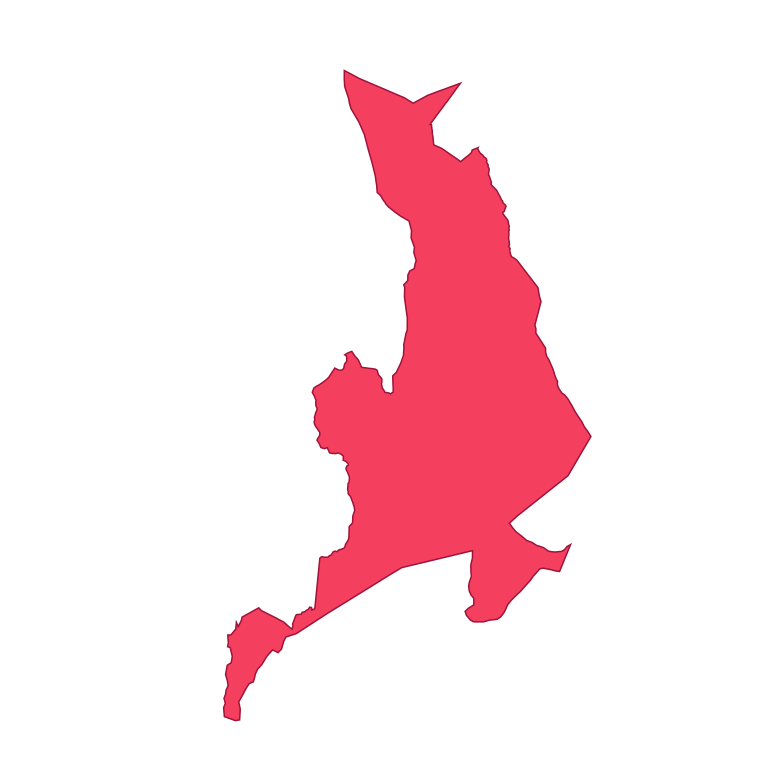 Santiago Nuyoó, Oaxaca, Mexico, rotated 353°
{"feature_id": "50627088B90453813350653", "entity_name": "Santiago Nuyoó", "entity_type": "district", "adm_level": 2, "iso_a3": "MEX", "parent_name": "Mexico", "parent_adm1": "Oaxaca", "projection": "equal_earth", "projection_center": [-97.77, 17.01], "detail": "fine", "context": "isolated", "style": "filled", "palette": "rose", "viewbox_px": 768, "rotation_deg": 353, "n_neighbors": 0, "source": "geoboundaries", "source_scale": "gbopen_adm2", "svg_char_len": 6164}
<svg xmlns="http://www.w3.org/2000/svg" viewBox="0 0 768 768"><g transform="rotate(353 384 384)"><path d="M496.5,94.8L473.3,100.2L462.5,102.8L455.0,105.8L449.8,107.8L447.2,108.9L442.1,104.8L439.1,102.4L396.9,77.9L382.8,68.0L381.7,76.6L381.2,83.9L383.7,96.4L383.9,101.2L384.8,106.7L387.0,111.7L391.1,121.2L394.9,133.9L397.0,149.7L399.1,162.8L400.7,176.3L400.9,186.3L400.6,193.1L403.5,196.4L406.0,202.2L406.7,202.8L407.8,205.6L410.1,208.9L416.2,215.1L420.9,219.4L428.7,225.3L430.0,235.2L428.7,242.3L430.9,251.9L430.2,254.9L429.6,256.9L431.0,265.5L429.5,268.6L428.1,273.1L423.3,275.0L421.0,278.7L420.2,284.2L415.7,287.9L416.3,290.8L414.9,300.1L415.0,312.2L415.2,321.4L413.6,333.4L412.0,336.4L408.3,347.7L408.3,349.0L408.1,350.9L407.8,352.7L407.3,355.0L406.8,358.0L403.0,365.6L397.6,374.0L393.7,376.9L393.2,381.8L392.8,386.5L392.7,388.6L392.1,393.2L389.1,394.6L388.3,393.8L386.7,393.2L384.0,392.4L383.7,391.8L383.1,390.3L382.2,388.4L381.9,387.9L381.6,385.7L381.6,383.4L382.1,381.9L382.5,378.9L382.1,378.0L381.1,376.2L379.6,374.2L379.0,370.4L378.8,369.5L377.4,368.3L373.9,367.2L372.6,367.0L363.8,364.7L361.6,357.4L360.7,355.8L358.2,352.2L356.0,347.7L353.5,348.3L351.7,348.8L348.6,350.3L350.0,351.4L350.2,353.3L350.1,354.8L349.7,356.6L349.4,357.3L347.4,359.3L346.5,361.6L346.3,362.7L346.0,363.2L344.8,364.6L343.6,365.2L342.5,364.9L341.2,364.8L340.6,364.5L339.3,363.7L337.1,362.2L335.1,364.6L334.2,365.5L332.7,367.4L331.4,369.0L330.8,369.6L330.4,370.2L328.3,372.0L327.1,372.8L323.8,374.7L320.0,376.7L317.0,377.9L316.0,378.3L314.1,379.3L313.6,380.1L311.8,383.4L313.5,387.9L314.6,392.2L314.2,393.1L313.9,394.5L313.8,397.5L314.7,400.4L314.5,401.0L312.4,404.9L311.9,406.3L310.8,408.8L311.0,410.8L310.1,412.8L310.1,415.0L311.1,418.0L312.3,420.2L313.4,422.3L314.4,424.5L313.9,427.3L312.0,429.5L310.6,431.5L312.3,434.9L313.6,439.3L315.9,440.5L317.4,440.9L319.3,440.4L320.1,440.4L320.2,441.2L320.8,443.2L321.6,445.7L324.4,446.7L325.9,446.8L326.8,447.2L330.5,446.9L333.0,448.6L334.7,450.4L334.7,451.6L334.8,452.3L334.5,453.0L334.2,454.7L336.5,456.0L337.4,457.0L337.8,457.4L338.7,458.7L338.7,460.2L337.0,461.0L336.1,462.8L335.9,463.9L336.1,464.7L336.7,466.0L337.0,467.1L337.7,469.5L338.2,471.3L338.2,472.2L338.1,473.9L337.6,476.1L337.3,477.3L336.6,477.8L336.1,478.8L335.8,480.7L335.4,482.1L335.0,484.6L335.4,486.9L335.0,488.3L336.0,490.2L337.1,491.6L337.6,494.1L338.6,498.0L338.9,499.8L339.4,502.2L339.5,506.1L337.3,510.5L336.9,511.5L335.9,517.8L334.9,518.9L332.4,521.0L332.0,521.7L331.5,525.1L330.9,529.3L330.3,532.7L329.8,533.7L329.2,534.7L328.2,536.2L326.2,538.5L325.7,540.2L324.3,542.1L320.7,543.0L319.7,542.9L318.4,543.5L317.2,544.7L316.1,544.3L314.8,543.9L313.0,544.5L310.5,547.5L310.2,547.5L309.1,547.6L307.5,548.9L306.1,549.0L303.1,548.5L301.7,547.9L300.2,548.2L299.1,549.1L288.0,598.3L286.8,599.1L286.1,599.1L284.9,599.6L284.8,597.1L283.1,596.4L281.1,598.7L279.1,599.2L278.2,600.3L277.4,600.3L276.8,600.5L274.9,600.6L273.9,602.4L269.7,602.2L268.8,602.4L267.8,603.8L264.0,611.2L264.1,613.1L262.8,616.0L261.8,615.1L260.3,613.7L260.1,613.4L255.5,608.1L254.1,607.1L251.9,605.6L250.7,604.8L248.6,603.2L246.9,602.1L242.8,599.4L240.1,597.6L237.0,595.5L234.7,594.0L232.4,590.9L214.7,598.1L213.5,601.5L209.8,607.0L208.4,602.6L207.0,609.2L203.5,612.5L201.5,614.4L198.3,614.1L198.0,621.8L196.7,625.7L199.2,626.7L200.2,635.9L198.4,642.0L194.1,644.1L191.3,653.3L192.3,658.6L192.5,664.5L190.1,668.3L188.8,672.9L186.9,676.4L187.6,681.7L185.4,685.6L185.0,694.7L195.5,700.0L199.8,699.8L201.7,689.1L201.1,681.8L203.3,678.8L206.6,674.3L209.6,669.9L213.6,665.0L218.0,663.7L219.6,660.1L221.0,656.2L223.7,651.8L228.7,647.4L232.0,643.2L234.4,640.2L237.0,637.8L241.1,634.4L246.1,637.7L249.9,634.7L253.2,627.1L255.8,623.2L266.7,621.0L299.9,604.8L333.2,589.5L366.9,573.9L379.3,568.4L451.5,560.2L450.6,567.4L448.1,574.2L447.4,581.2L447.3,585.6L444.6,591.0L443.4,594.7L443.4,600.0L444.7,604.0L447.0,607.8L446.2,614.2L440.3,616.9L436.8,619.6L437.6,623.6L440.9,628.7L443.6,630.8L446.8,631.4L454.0,632.2L460.2,631.2L463.6,631.3L467.7,631.3L471.6,629.3L475.7,625.0L479.9,618.1L483.7,614.4L487.7,611.2L493.9,606.7L502.1,599.5L505.6,596.5L508.7,592.9L511.8,590.3L515.9,586.6L519.1,586.1L526.5,588.4L531.7,590.5L535.4,591.5L549.6,566.1L545.9,567.6L543.5,570.0L540.6,571.7L537.3,571.7L533.9,571.7L530.3,571.0L526.8,569.9L522.6,566.0L519.5,564.4L515.8,562.8L511.8,559.4L506.5,556.6L502.4,552.1L496.8,546.5L494.0,542.2L491.5,537.4L500.4,531.1L555.4,497.5L583.0,461.3L580.2,455.4L577.7,451.1L575.7,445.4L573.3,440.8L570.7,435.6L567.4,427.2L566.0,424.2L564.7,421.2L562.1,417.0L559.5,414.8L557.3,410.4L556.2,407.4L556.1,404.9L556.6,402.6L555.6,400.2L554.5,395.8L554.3,393.8L553.2,388.7L552.0,384.8L550.6,379.9L548.9,376.6L548.3,372.4L548.7,368.0L540.9,351.9L541.5,347.9L541.0,343.8L549.9,321.4L549.0,316.4L548.5,307.1L531.3,277.8L529.2,275.5L526.1,273.2L525.5,271.1L525.0,266.7L525.7,265.2L524.6,262.3L525.5,261.2L525.6,258.3L525.4,254.4L526.2,251.0L526.5,247.5L527.2,246.3L526.8,244.9L527.6,242.8L527.2,240.7L526.9,236.6L524.4,232.3L522.7,229.4L522.8,228.3L524.6,227.2L525.2,225.5L526.8,222.4L526.4,221.3L523.9,218.3L524.1,217.1L522.7,214.9L522.6,213.7L519.3,205.3L515.3,200.1L514.6,198.7L515.2,197.2L514.0,191.1L513.3,188.5L514.6,183.6L514.4,182.5L513.9,181.4L513.8,180.4L514.1,179.3L512.9,176.5L513.4,174.4L512.6,172.2L510.8,170.7L509.9,168.8L507.7,166.8L506.4,163.9L505.6,161.8L506.2,160.9L500.0,162.5L499.9,162.6L499.6,163.9L498.9,164.9L498.1,165.7L497.2,166.3L496.7,166.7L495.4,167.5L493.7,168.5L490.7,170.3L490.2,170.7L489.0,171.5L487.8,172.2L487.2,172.6L484.4,170.0L482.9,168.7L481.4,167.3L480.2,166.3L478.7,164.9L477.2,163.6L476.7,163.2L475.7,162.3L475.2,161.8L474.2,161.0L472.3,159.1L471.7,158.8L471.3,158.3L470.6,157.7L470.2,157.4L470.0,157.2L469.7,157.1L469.0,156.6L468.5,156.3L468.0,156.0L467.5,155.6L467.3,155.5L466.8,155.3L465.4,154.4L464.5,154.0L464.1,153.6L463.4,153.3L462.6,152.7L462.5,151.8L462.7,144.3L462.5,142.8L462.6,140.1L462.8,137.9L462.6,136.5L462.7,134.4L462.7,132.4L461.4,131.9L464.3,128.8L468.2,124.6L474.4,118.2L475.3,117.2L476.7,115.8L477.3,115.1L480.0,112.2L481.4,111.1L482.4,109.8L487.9,104.0L490.3,101.3L496.5,94.8Z" fill="#f43f5e" stroke="#9f1239" stroke-width="1.5"/></g></svg>